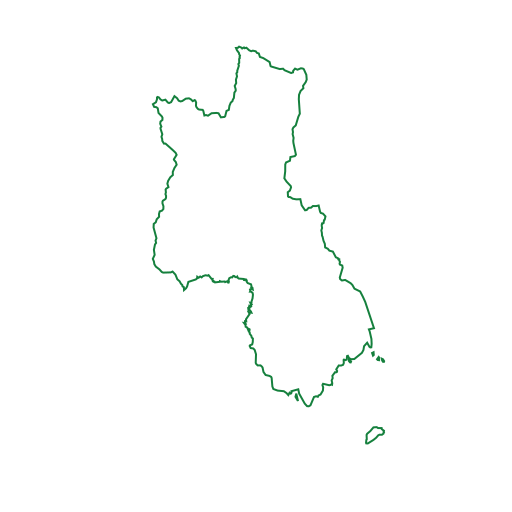 the district of Mueang Phangnga, Phangnga, Thailand, rotated 347°
{"feature_id": "78962969B58835722808395", "entity_name": "Mueang Phangnga", "entity_type": "district", "adm_level": 2, "iso_a3": "THA", "parent_name": "Thailand", "parent_adm1": "Phangnga", "projection": "equal_earth", "projection_center": [98.498, 8.471], "detail": "fine", "context": "isolated", "style": "outline", "palette": "green", "viewbox_px": 512, "rotation_deg": 347, "n_neighbors": 0, "source": "geoboundaries", "source_scale": "gbopen_adm2", "svg_char_len": 6083}
<svg xmlns="http://www.w3.org/2000/svg" viewBox="0 0 512 512"><g transform="rotate(347 256 256)"><path d="M189.7,84.9L190.3,87.8L192.4,88.6L193.5,90.0L193.2,94.7L195.7,98.9L196.0,100.3L195.4,102.4L193.2,103.5L192.4,105.6L192.9,108.7L191.8,109.6L191.6,110.6L192.1,116.3L190.7,118.6L190.9,120.9L190.6,122.8L191.6,125.8L193.1,126.1L199.1,134.6L200.9,137.4L201.4,139.6L197.7,143.3L197.8,144.1L199.0,146.4L199.2,149.2L196.4,151.8L193.8,155.4L193.2,158.4L190.2,160.0L187.3,163.0L185.9,165.6L186.2,169.2L183.6,170.2L182.9,170.9L182.5,173.8L181.7,175.3L181.9,177.2L181.4,179.1L180.5,180.2L177.7,181.2L177.1,182.0L176.7,183.7L177.0,186.7L176.3,189.4L174.5,190.7L172.2,190.9L170.9,193.3L170.4,196.0L167.5,197.9L165.9,200.6L163.6,201.7L162.6,205.2L163.0,216.3L161.6,218.4L161.6,220.8L160.2,222.0L157.9,227.0L157.5,232.1L154.8,235.6L155.3,238.4L155.1,241.1L156.0,243.8L158.9,247.3L160.6,250.4L161.8,251.3L169.3,252.8L171.2,252.4L173.3,256.0L174.1,261.0L175.9,263.5L176.6,266.1L177.6,267.6L177.6,269.1L178.7,270.1L178.2,273.0L180.6,271.7L182.0,270.2L184.3,266.0L192.1,265.3L193.5,264.6L194.1,263.0L195.2,264.3L197.0,263.4L198.2,264.6L199.7,263.7L202.4,263.4L204.6,264.3L205.5,264.0L207.5,268.2L208.5,268.5L208.1,269.1L208.2,270.7L208.8,270.6L209.0,271.6L209.8,271.6L210.1,272.5L215.0,273.0L215.2,272.4L216.6,273.3L219.7,273.8L220.0,274.5L222.1,274.2L222.9,275.7L223.4,275.7L223.9,274.5L223.6,273.6L225.0,271.6L227.0,271.1L228.0,271.5L229.4,270.3L230.4,270.7L231.1,271.9L232.6,272.4L233.1,271.9L233.5,273.4L234.1,274.1L239.1,275.7L239.3,276.1L239.0,276.7L239.7,277.0L240.3,276.4L240.9,276.5L241.5,277.7L241.1,278.8L241.8,280.5L244.8,282.5L244.8,285.0L244.4,285.3L245.4,286.2L245.3,287.9L244.1,286.9L242.6,287.3L242.6,288.9L242.2,289.4L243.3,289.7L244.4,291.3L244.3,293.1L243.1,296.5L241.0,300.0L241.1,300.6L240.6,300.9L240.0,300.5L240.2,301.6L240.8,302.3L239.9,302.8L240.0,304.0L239.5,304.2L238.9,303.5L238.4,304.4L238.0,303.5L237.4,304.6L236.7,304.8L236.5,307.0L237.3,306.5L238.6,309.0L238.8,310.2L236.2,309.1L236.7,311.1L232.0,315.4L231.8,317.4L230.6,317.0L230.3,317.8L230.6,319.3L229.3,318.7L230.2,320.8L230.0,322.6L231.3,323.7L231.8,326.6L232.7,325.5L233.2,325.9L233.2,326.6L232.1,327.3L232.1,328.1L232.7,328.9L232.4,330.4L233.5,332.7L233.5,334.5L234.4,335.7L233.5,339.1L232.4,341.3L230.0,341.7L229.6,342.2L230.1,344.5L232.6,345.5L233.6,347.3L233.9,351.8L231.7,360.0L231.8,361.0L233.0,363.0L235.8,363.6L236.8,365.0L237.3,366.1L237.2,370.7L238.6,374.1L242.2,375.9L243.6,377.2L243.8,378.4L242.6,386.8L243.0,389.5L246.8,392.0L252.7,394.0L254.9,396.4L256.2,398.8L257.9,396.8L258.7,397.9L259.3,397.8L259.9,397.1L260.1,395.7L267.2,395.4L267.1,399.8L267.5,401.2L270.3,410.8L272.0,413.8L273.6,414.3L275.5,413.7L280.8,406.4L283.0,406.2L284.6,407.1L285.5,406.0L287.7,405.5L290.9,402.2L291.9,399.1L291.7,396.7L292.6,395.6L298.3,398.4L299.9,398.4L300.7,397.9L301.2,398.4L301.7,397.1L301.7,394.3L303.2,392.3L303.5,389.9L306.9,387.0L307.7,387.4L308.7,387.2L309.2,386.3L308.7,384.5L312.0,381.3L314.3,381.9L316.4,381.6L317.5,380.0L318.0,377.0L318.4,376.7L319.7,377.6L321.1,377.3L322.2,374.0L323.1,373.9L323.6,376.2L325.2,377.9L328.6,378.5L337.4,374.2L339.5,371.8L341.0,368.2L344.8,365.5L346.1,370.0L346.8,370.8L347.8,370.9L348.9,367.7L349.8,362.8L349.8,355.0L349.5,352.9L354.7,352.9L352.1,325.3L350.9,319.5L349.5,314.0L344.6,310.0L343.4,305.9L342.1,303.8L337.5,299.4L334.2,299.2L332.8,297.4L332.8,295.8L337.8,286.9L337.9,284.7L335.8,283.2L335.7,282.3L336.5,280.6L336.1,279.1L336.4,278.0L335.5,277.7L335.7,277.0L335.1,276.4L333.5,275.2L331.9,269.0L328.7,267.3L327.6,265.1L325.3,263.2L325.8,259.6L325.2,256.3L325.2,252.2L324.9,251.0L325.4,248.3L325.4,245.8L326.7,243.6L326.8,241.5L327.2,240.1L327.7,239.9L327.7,239.1L329.3,239.0L330.3,236.4L331.1,236.1L332.6,233.0L330.8,229.8L328.8,228.6L328.4,227.2L328.4,220.9L325.8,220.9L322.7,220.1L320.5,221.3L318.1,220.9L315.7,222.6L314.1,222.5L311.9,216.9L312.0,210.6L308.1,209.9L304.6,208.4L302.7,206.4L301.0,205.8L300.6,205.1L301.3,201.0L303.7,199.9L305.6,197.0L305.6,195.7L302.5,190.4L301.1,186.7L303.5,180.1L305.1,173.4L306.3,171.6L310.5,170.8L311.8,167.3L316.3,167.4L317.7,166.3L317.9,154.3L318.2,152.1L319.2,149.4L319.1,145.5L319.9,143.6L320.1,140.7L321.3,139.2L324.1,137.7L328.6,129.8L330.7,127.2L333.0,112.8L334.2,108.6L336.6,105.2L339.9,103.2L340.1,100.8L343.5,97.8L345.1,95.5L345.8,90.8L344.6,84.7L343.8,83.9L342.0,83.2L338.3,83.8L336.2,82.2L333.9,83.9L333.4,85.4L331.4,85.6L325.6,81.4L324.5,79.6L321.2,79.2L313.3,74.7L312.9,74.2L312.9,70.1L307.6,64.8L304.6,62.9L304.3,59.3L302.6,58.3L301.8,56.5L299.1,55.2L297.4,55.4L295.7,54.1L293.5,50.9L291.7,51.0L291.2,50.1L289.2,50.7L288.8,49.8L286.6,48.2L285.1,49.1L283.3,48.8L283.7,51.2L285.1,54.4L285.0,55.7L285.5,57.2L284.7,58.4L284.8,59.4L283.9,60.2L283.1,64.0L282.0,65.0L282.1,66.8L279.4,71.3L279.1,72.7L278.0,73.6L277.9,76.7L276.1,79.7L275.6,83.1L273.5,85.5L273.7,88.9L273.4,90.4L271.7,91.9L270.0,97.0L268.5,98.6L267.9,99.8L265.9,100.9L263.9,103.7L262.4,107.5L259.9,108.0L257.4,112.9L256.5,113.4L253.0,113.0L251.6,108.5L249.7,107.7L244.8,106.9L240.8,108.5L239.0,107.4L237.3,107.5L237.3,102.7L236.9,101.6L233.5,100.5L232.4,99.5L231.4,97.3L231.3,96.1L232.2,92.9L231.8,90.8L231.3,90.3L229.2,90.9L227.8,88.7L226.2,87.3L223.0,86.9L219.0,88.4L217.2,88.4L215.6,87.3L214.6,84.5L212.5,81.9L207.9,87.0L205.7,87.4L204.6,86.6L202.9,83.3L199.6,83.4L198.1,81.9L197.1,79.7L195.9,78.9L195.2,79.2L194.8,81.0L193.1,83.7L189.7,84.9ZM339.7,451.9L336.2,451.1L335.1,449.9L331.9,449.4L328.0,452.3L324.3,454.2L323.5,455.2L322.7,459.5L322.2,459.9L321.2,462.8L321.3,463.4L322.8,463.8L329.1,461.6L332.2,460.1L334.8,458.2L336.2,457.9L338.5,458.5L340.3,457.7L340.6,456.7L341.3,457.5L340.8,456.5L341.4,455.1L339.6,453.0L339.7,451.9ZM264.3,405.9L264.3,399.1L262.8,402.1L264.0,405.9L264.3,405.9ZM352.5,385.2L353.1,382.8L352.8,382.0L350.7,383.8L351.2,384.7L352.5,385.2ZM348.9,376.2L347.3,376.6L347.6,379.4L348.5,378.9L348.9,376.2ZM357.2,387.3L356.5,385.2L355.5,384.4L355.4,386.1L355.9,387.6L356.8,387.9L357.2,387.3ZM324.3,381.0L324.9,380.2L323.3,377.6L322.9,379.2L323.7,380.8L324.3,381.0Z" fill="none" stroke="#15803d" stroke-width="2"/></g></svg>